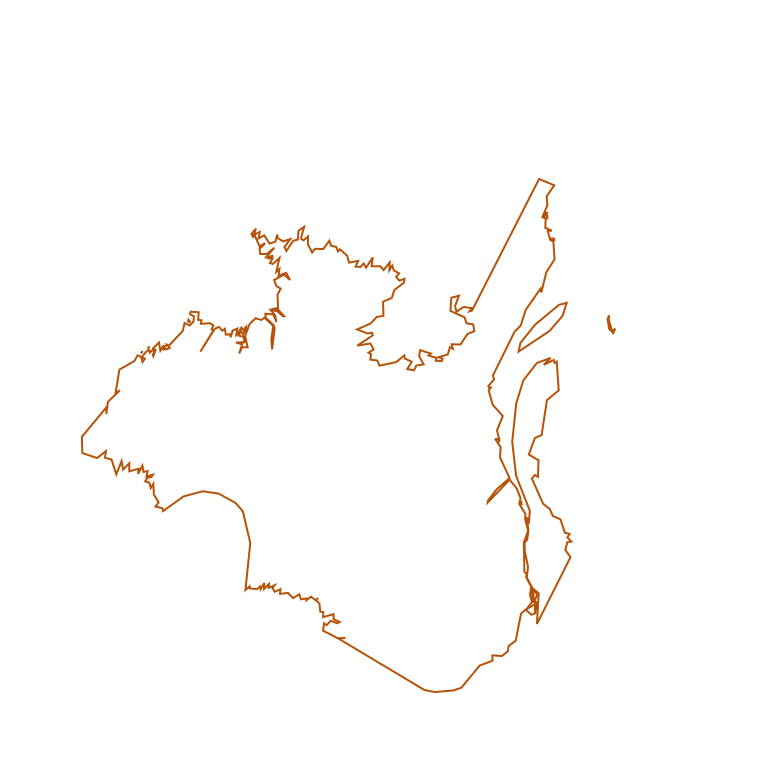 Québec, Robinson projection, rotated 297°
{"feature_id": "CAN-683", "entity_name": "Québec", "entity_type": "Province", "adm_level": 1, "iso_a3": "CAN", "parent_name": "Canada", "parent_adm1": "", "projection": "robinson", "projection_center": [-69.443, 53.796], "detail": "fine", "context": "isolated", "style": "outline", "palette": "amber", "viewbox_px": 768, "rotation_deg": 297, "n_neighbors": 0, "source": "natural_earth", "source_scale": "10m", "svg_char_len": 6174}
<svg xmlns="http://www.w3.org/2000/svg" viewBox="0 0 768 768"><g transform="rotate(297 384 384)"><path d="M136.5,458.9L140.3,465.0L136.5,458.2L136.6,441.6L143.6,439.3L143.0,442.3L148.8,444.1L149.6,451.1L151.9,452.6L151.5,445.9L156.0,443.5L148.6,435.6L153.2,433.5L152.2,430.6L159.1,426.1L160.3,422.1L163.4,422.1L160.2,421.5L161.4,415.6L156.0,413.0L157.7,412.2L154.4,407.7L158.2,404.1L151.9,400.1L154.3,393.3L149.8,386.6L154.1,384.9L149.2,380.9L151.7,377.3L155.0,377.9L150.1,373.8L153.6,372.2L146.9,370.2L152.4,367.6L145.1,367.3L147.3,365.5L143.5,364.0L141.0,357.0L142.7,356.1L137.5,354.1L181.7,337.0L206.6,315.9L210.6,305.8L211.3,286.5L206.1,271.2L192.9,256.5L170.4,244.8L172.7,242.9L171.1,236.0L176.2,236.9L181.1,229.1L190.4,223.8L185.5,223.4L189.5,219.8L188.8,215.4L193.1,215.8L195.6,219.0L198.3,219.3L193.7,214.4L199.1,212.9L196.5,209.6L201.6,205.8L192.3,205.7L197.1,203.9L190.6,196.7L197.7,193.0L189.3,190.4L196.2,185.2L182.0,186.5L193.0,175.5L191.6,168.9L198.0,166.7L187.8,162.0L185.5,146.6L199.8,138.8L237.5,147.3L231.2,150.2L242.9,146.1L258.4,151.6L254.5,148.8L276.7,141.7L291.2,151.2L297.6,151.4L298.0,155.2L294.0,158.9L298.0,159.5L298.0,156.0L305.6,157.6L307.6,159.8L305.7,161.1L310.3,163.0L308.4,164.9L305.2,164.6L304.0,165.9L310.6,165.0L311.1,162.1L318.8,164.7L312.3,169.6L318.6,170.1L313.7,171.6L316.9,172.1L315.6,173.4L318.7,176.8L320.3,174.9L340.0,180.6L347.8,178.6L347.9,184.1L352.7,186.0L358.0,184.0L358.2,179.3L360.6,178.9L363.8,186.3L356.8,189.3L357.9,192.4L354.5,193.5L359.2,201.5L358.7,205.4L354.5,205.5L354.6,207.7L329.4,205.7L356.4,208.2L360.0,211.1L358.0,215.6L361.0,217.1L356.1,220.7L358.5,224.3L356.0,226.1L362.9,224.9L366.9,228.2L360.4,230.2L364.6,232.3L361.2,232.8L362.3,237.7L357.8,240.6L353.7,233.2L355.0,239.6L345.4,241.1L352.4,240.9L354.7,245.9L363.9,238.4L376.5,237.0L384.2,239.7L385.5,245.8L388.9,247.3L385.5,258.9L372.5,263.4L364.0,268.6L384.2,261.2L386.4,259.0L389.2,248.8L392.7,246.4L395.8,253.8L390.3,260.0L395.9,255.8L398.4,249.4L400.4,255.8L398.5,263.3L399.1,264.3L402.1,256.0L415.1,248.6L422.1,248.6L422.4,243.7L426.8,238.9L436.1,245.3L434.0,253.1L438.6,246.4L432.6,240.9L439.1,238.6L435.1,237.1L448.9,233.6L440.5,230.5L440.0,227.4L445.2,227.8L443.7,224.5L448.0,227.1L443.6,221.4L455.7,224.4L446.7,220.7L443.7,214.8L448.2,211.6L453.3,213.7L455.4,213.9L450.1,210.7L457.3,202.0L455.5,200.6L457.6,197.8L464.3,199.4L457.8,200.4L463.1,204.3L456.8,206.2L462.1,209.7L457.2,218.3L461.5,222.6L468.8,221.0L465.7,223.1L465.3,229.5L470.5,234.7L460.8,233.1L458.2,236.6L470.3,238.0L473.6,241.7L481.8,238.2L487.8,241.5L475.8,243.9L475.5,247.1L481.0,249.3L474.0,252.7L468.6,260.2L473.0,261.0L476.8,268.6L486.8,270.3L483.1,274.2L484.5,279.1L481.3,282.8L484.0,283.5L481.6,293.0L476.3,297.7L481.9,305.1L475.7,305.4L477.5,309.9L482.2,311.2L479.5,315.2L491.7,316.5L483.3,319.5L487.3,327.4L485.3,331.9L494.9,333.9L487.9,337.1L493.3,337.6L489.6,341.2L489.5,347.3L484.9,346.2L483.1,350.7L487.0,354.5L483.4,355.8L472.4,350.5L464.3,351.9L456.9,345.8L444.4,352.6L440.5,347.1L431.8,344.6L420.4,335.2L421.5,346.3L424.2,350.1L422.2,351.9L406.1,342.8L413.9,353.5L410.0,359.1L404.9,356.0L404.7,359.0L399.5,360.7L401.9,367.4L398.3,371.8L409.1,384.9L418.7,389.2L416.1,391.0L416.5,398.6L407.9,397.9L409.8,404.6L415.1,404.4L419.5,410.4L424.7,402.7L430.5,400.8L432.4,411.9L429.7,410.8L431.1,419.0L428.2,419.6L430.7,425.1L433.1,424.7L432.6,420.4L439.2,427.4L446.7,426.0L446.6,429.4L450.1,426.3L453.9,434.2L466.6,435.7L472.1,440.6L477.6,436.4L475.6,430.0L480.0,425.4L479.3,410.0L491.4,404.8L496.7,410.7L485.8,411.9L481.3,415.7L488.8,420.0L491.5,427.7L487.5,427.2L489.4,429.1L637.1,429.1L638.3,445.5L625.1,443.7L617.5,448.4L604.6,449.4L604.7,453.0L596.4,456.8L596.9,464.0L594.8,460.4L587.8,466.7L587.9,470.2L572.4,479.4L557.3,477.9L536.9,482.6L540.0,480.2L514.2,476.6L498.3,479.3L489.5,476.6L440.9,477.2L438.2,480.0L429.6,477.9L427.8,479.9L430.4,481.0L425.8,480.2L414.8,490.3L409.4,504.4L394.0,505.7L386.4,512.4L385.2,512.4L386.9,510.9L386.1,508.9L385.2,508.5L380.7,516.6L371.3,520.7L357.2,538.6L341.3,532.2L327.3,529.6L325.4,530.2L355.8,539.4L351.3,549.5L344.3,557.5L338.5,558.9L332.4,569.1L327.6,571.1L318.7,579.1L306.2,580.6L280.3,594.4L279.6,597.3L276.4,598.3L270.2,607.2L262.3,609.8L257.0,614.9L247.8,613.1L257.3,619.0L252.8,620.0L248.3,622.9L245.3,620.1L247.4,612.7L241.7,610.3L215.1,617.9L207.1,614.0L202.0,615.6L195.1,612.5L191.4,603.7L186.7,606.3L176.6,597.1L148.5,590.8L142.6,585.1L132.6,569.2L129.7,558.7L136.5,458.9ZM314.4,628.8L239.6,629.2L267.7,616.9L269.5,608.9L276.5,599.0L286.4,595.4L299.0,585.3L306.5,581.3L310.1,582.3L319.6,579.0L323.0,576.3L327.2,575.7L337.3,571.4L362.4,543.2L390.7,524.5L426.6,510.7L450.5,506.5L472.2,510.7L482.9,520.7L473.6,517.6L482.5,524.4L480.2,526.6L482.3,527.8L457.6,542.6L443.6,536.5L410.1,547.6L404.4,543.0L386.9,545.0L386.2,556.3L371.2,563.3L371.4,559.7L366.9,558.7L349.5,580.2L347.9,588.4L343.1,594.4L343.5,602.7L333.6,612.7L334.6,617.5L330.6,617.0L328.7,622.5L326.4,619.2L318.5,620.9L314.4,628.8ZM506.6,507.5L474.0,489.2L482.5,486.9L505.4,491.7L534.0,504.0L539.3,509.9L526.0,512.2L506.6,507.5ZM268.3,608.8L266.1,616.3L257.1,616.4L263.7,613.2L268.3,608.8ZM369.6,231.3L367.2,235.9L364.2,235.9L365.8,232.9L364.4,231.0L369.6,231.3ZM540.9,556.0L539.3,557.8L536.7,559.5L538.4,559.2L540.9,556.2L542.7,555.6L534.4,563.6L538.4,564.8L533.4,565.2L535.2,559.8L543.3,553.7L547.4,553.4L540.9,556.0ZM329.3,570.9L329.5,573.5L323.7,575.2L329.3,570.9ZM259.9,613.4L262.7,610.1L266.8,609.1L263.1,613.0L259.9,613.4ZM400.6,251.2L402.9,254.1L400.6,254.3L400.6,251.2ZM253.4,620.4L258.3,619.6L252.5,621.4L253.4,620.4ZM606.5,453.0L609.1,452.6L604.9,454.7L606.5,453.0ZM609.6,450.1L608.0,451.1L606.0,450.7L607.8,449.4L609.6,450.1ZM352.6,180.6L351.5,182.8L350.9,182.7L350.8,181.0L352.6,180.6ZM370.5,234.5L372.3,235.1L369.3,236.0L370.5,234.5ZM589.8,470.3L588.8,467.1L589.7,467.3L590.7,469.3L589.8,470.3ZM307.7,157.4L310.4,157.9L310.8,158.2L307.7,157.4ZM258.4,617.4L259.8,618.2L256.8,617.5L258.4,617.4ZM339.9,560.1L342.3,559.4L339.7,560.9L339.9,560.1ZM318.5,173.0L320.5,172.0L320.6,173.0L318.5,173.0ZM609.9,450.5L610.5,451.6L609.4,451.6L609.9,450.5ZM301.0,153.5L302.6,153.6L303.7,154.1L301.0,153.5Z" fill="none" stroke="#b45309" stroke-width="2"/></g></svg>